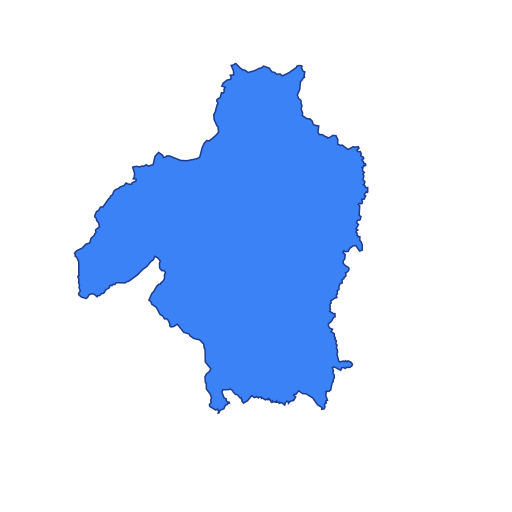 outline of Satipo, Junín, Peru, rotated 229°
{"feature_id": "86281439B96037862179795", "entity_name": "Satipo", "entity_type": "district", "adm_level": 2, "iso_a3": "PER", "parent_name": "Peru", "parent_adm1": "Junín", "projection": "mercator", "projection_center": [-74.176, -11.56], "detail": "fine", "context": "isolated", "style": "filled", "palette": "blue", "viewbox_px": 512, "rotation_deg": 229, "n_neighbors": 0, "source": "geoboundaries", "source_scale": "gbopen_adm2", "svg_char_len": 6159}
<svg xmlns="http://www.w3.org/2000/svg" viewBox="0 0 512 512"><g transform="rotate(229 256 256)"><path d="M188.2,131.3L182.0,130.9L178.4,129.5L176.6,126.9L174.9,126.1L174.4,123.3L172.7,122.4L166.1,124.6L165.7,126.6L163.2,125.8L162.2,124.4L161.9,125.3L163.1,127.5L161.8,131.5L163.4,135.0L162.8,136.9L163.3,137.9L162.4,139.5L163.4,139.8L164.2,138.9L166.1,138.5L167.7,139.8L169.8,138.8L175.6,141.0L176.8,143.2L172.9,147.9L172.7,149.4L169.3,150.0L168.0,149.5L164.9,149.8L163.6,151.0L159.3,150.9L158.8,151.8L157.7,151.0L156.4,151.1L155.9,150.2L153.2,150.0L152.3,154.5L153.4,161.4L150.4,161.7L149.5,163.1L149.6,164.2L147.2,164.8L147.3,165.9L146.0,167.5L144.9,166.7L144.6,167.7L141.3,168.6L141.0,169.9L139.9,170.5L140.3,171.6L139.5,171.3L138.8,171.8L139.2,172.2L138.4,172.3L136.3,171.7L135.9,173.1L135.1,172.1L134.2,174.1L133.0,174.7L133.1,176.4L132.1,175.5L130.4,177.7L129.8,177.8L129.5,177.1L128.6,179.1L124.6,179.9L126.1,181.9L126.1,184.3L125.1,184.7L123.5,183.8L123.9,186.7L122.3,189.4L122.9,189.8L122.5,190.7L123.8,193.6L126.1,192.9L126.7,194.0L125.4,195.3L126.3,199.8L121.6,200.9L119.1,203.4L111.6,205.7L103.4,204.8L98.4,206.4L97.2,205.1L96.6,205.9L95.9,207.3L97.0,209.3L98.2,209.4L99.3,211.1L98.9,212.5L100.8,213.6L100.2,215.3L105.4,217.3L106.1,218.7L107.9,220.0L106.1,222.1L105.8,224.3L110.4,230.4L110.7,232.2L112.1,233.2L112.6,235.0L114.9,236.9L117.8,237.6L118.4,239.1L121.6,240.3L121.1,242.3L114.2,244.9L115.4,247.6L113.9,249.2L112.5,249.6L112.6,251.1L110.3,253.9L110.2,256.3L111.0,257.8L113.7,258.0L116.5,256.7L116.6,255.0L118.3,254.9L118.2,253.6L119.6,252.8L121.0,249.7L122.4,249.6L128.2,252.3L129.6,253.5L129.8,254.5L132.4,256.1L133.9,256.2L135.1,258.2L135.9,258.8L137.2,258.6L139.5,261.1L141.4,260.9L142.2,262.2L144.1,262.4L145.9,264.1L149.7,263.1L150.5,265.7L153.2,264.4L155.5,264.7L157.4,266.1L157.1,269.7L158.8,274.5L158.2,275.8L160.7,277.8L162.3,276.2L163.4,276.3L166.0,275.2L166.8,277.2L168.5,277.7L169.2,278.9L171.1,280.0L171.3,282.0L173.0,282.8L172.6,287.7L171.6,289.7L173.6,290.6L174.0,292.6L176.3,294.3L176.4,296.8L178.4,298.4L179.9,300.6L179.1,303.4L181.8,305.6L181.2,307.4L182.1,308.6L181.7,310.2L182.8,311.6L184.6,312.5L184.1,313.5L184.2,316.0L185.2,317.8L186.8,318.2L190.7,317.0L193.6,317.1L195.3,319.1L195.4,320.8L198.5,324.3L201.7,323.9L202.2,325.7L200.8,326.1L199.0,328.5L200.2,331.7L199.9,336.0L199.0,337.3L198.1,338.2L191.8,337.4L190.7,339.9L194.6,343.5L198.1,344.7L199.7,344.5L202.3,347.0L203.6,345.7L204.5,346.3L205.5,345.8L206.9,347.3L208.6,347.1L209.1,348.3L208.8,349.9L210.8,349.2L212.6,354.0L214.8,353.6L216.1,355.3L216.2,356.7L215.3,357.4L215.1,358.6L216.9,361.1L219.0,360.5L225.7,367.1L227.9,367.0L227.8,369.0L226.6,369.3L226.1,370.5L227.3,372.2L228.8,372.4L229.5,373.2L227.9,374.9L229.4,378.2L230.8,377.7L231.4,378.4L232.1,381.3L231.0,381.6L231.0,382.3L234.4,385.2L235.5,383.7L237.7,384.2L239.4,383.7L239.3,385.0L240.7,387.0L243.4,386.7L245.7,390.0L247.6,390.3L248.0,392.6L250.4,392.2L251.8,393.9L253.2,394.2L252.7,395.9L253.6,396.8L252.4,398.0L253.0,398.8L254.1,399.1L255.3,398.1L256.6,398.9L258.4,398.9L259.1,399.3L258.8,401.1L259.4,401.6L260.4,401.8L263.0,400.8L264.1,402.5L266.5,403.2L267.5,401.7L269.6,401.3L269.8,404.5L271.4,404.9L273.1,402.2L274.7,401.0L276.0,395.3L283.1,393.9L283.9,392.5L286.8,391.0L290.2,394.1L294.4,395.3L296.7,393.0L296.9,390.3L298.0,387.4L299.6,387.5L301.0,386.5L304.0,385.8L306.1,383.5L308.7,383.9L312.9,388.6L316.4,386.0L318.2,385.6L320.8,386.9L323.9,386.8L326.2,384.5L331.7,383.1L333.3,385.0L337.3,386.5L339.4,389.4L341.3,389.9L343.9,392.0L347.0,391.5L350.4,392.8L353.0,398.3L358.5,404.0L358.4,405.5L359.3,408.4L359.0,410.0L360.2,410.2L363.0,413.7L364.5,412.7L368.4,413.9L369.0,415.2L370.0,415.0L371.6,413.3L372.5,411.2L371.8,410.3L372.7,401.0L374.7,394.0L377.6,393.6L379.6,390.9L382.1,390.6L384.6,388.8L389.1,389.3L394.4,386.3L394.4,383.0L395.4,382.0L396.8,376.4L399.8,370.3L402.1,370.0L404.3,369.1L404.8,368.2L408.2,367.4L414.2,367.1L414.9,366.4L414.8,364.8L416.1,362.3L410.6,360.5L407.4,358.1L409.3,355.1L407.5,354.7L406.0,352.9L407.8,349.4L408.0,344.6L406.6,341.6L403.5,343.5L402.8,341.1L400.9,339.9L400.5,338.3L401.9,337.1L399.1,333.0L399.7,329.2L398.5,327.9L397.2,327.9L395.8,327.0L395.5,325.5L391.5,319.9L390.5,317.0L386.6,314.0L380.1,312.0L378.3,312.0L374.1,309.0L373.4,305.8L373.4,299.8L373.6,296.0L375.4,294.8L375.1,290.9L373.0,286.3L367.5,278.4L368.3,275.0L373.2,266.4L377.5,261.9L388.3,256.3L390.2,254.1L390.0,252.7L391.1,250.8L393.2,251.6L398.1,250.5L397.4,245.1L392.5,238.3L394.6,233.6L396.9,233.0L397.6,229.7L398.9,228.8L399.4,226.7L401.9,224.8L403.9,221.8L403.8,221.1L398.2,218.7L395.6,216.1L394.8,214.0L392.6,216.0L391.6,215.3L391.5,213.8L392.6,210.6L391.7,209.2L394.1,206.7L396.4,205.8L395.7,202.6L397.3,198.8L397.2,196.7L398.2,193.4L398.2,191.2L396.4,188.0L396.6,185.5L395.6,183.6L395.9,182.5L393.4,172.6L395.0,170.8L393.6,166.9L394.2,164.9L392.0,160.4L390.8,159.9L389.0,160.2L387.5,159.0L384.4,159.0L380.7,157.0L381.0,152.1L378.7,150.6L378.5,148.7L377.7,147.7L377.6,143.1L375.0,139.1L376.6,135.2L376.0,130.1L377.6,124.2L377.2,120.8L375.9,120.8L374.6,119.4L372.8,119.9L367.9,118.4L358.2,110.0L357.3,109.9L357.5,108.3L357.0,107.7L355.0,107.4L352.2,104.6L349.9,103.8L348.2,101.7L345.0,100.6L344.0,97.4L343.0,96.8L339.5,97.3L335.5,99.9L335.2,101.4L336.2,104.4L335.5,106.8L333.8,108.7L329.5,109.3L329.9,110.5L328.7,112.1L329.0,115.0L328.0,116.1L327.9,117.3L329.1,120.6L328.2,124.6L329.3,125.4L329.6,126.5L328.1,127.8L328.7,129.0L327.0,130.8L327.7,132.7L321.6,139.6L321.2,142.2L320.4,143.4L319.5,154.3L320.2,161.4L319.7,166.9L320.8,172.9L320.5,176.0L322.1,179.5L318.8,180.6L315.0,180.5L313.8,178.3L310.1,175.4L306.7,175.3L305.3,177.0L302.9,176.8L301.8,174.5L298.9,172.0L298.0,169.1L298.1,166.4L297.4,165.7L298.4,164.1L298.3,161.2L296.4,155.8L296.1,153.0L293.0,146.2L290.7,146.7L287.8,145.7L282.8,147.1L274.9,145.3L272.1,146.2L268.4,145.7L267.3,147.4L265.0,147.6L261.1,146.3L259.9,145.1L258.3,145.2L256.8,147.5L256.1,151.9L245.9,151.4L241.2,154.3L238.9,153.9L234.6,154.9L229.8,158.4L223.9,158.8L220.7,156.6L218.8,156.2L209.3,148.2L200.6,147.9L199.4,145.3L199.4,141.2L198.4,138.3L193.8,134.8L192.2,134.7L188.2,131.3Z" fill="#3b82f6" stroke="#1e3a8a" stroke-width="1.5"/></g></svg>